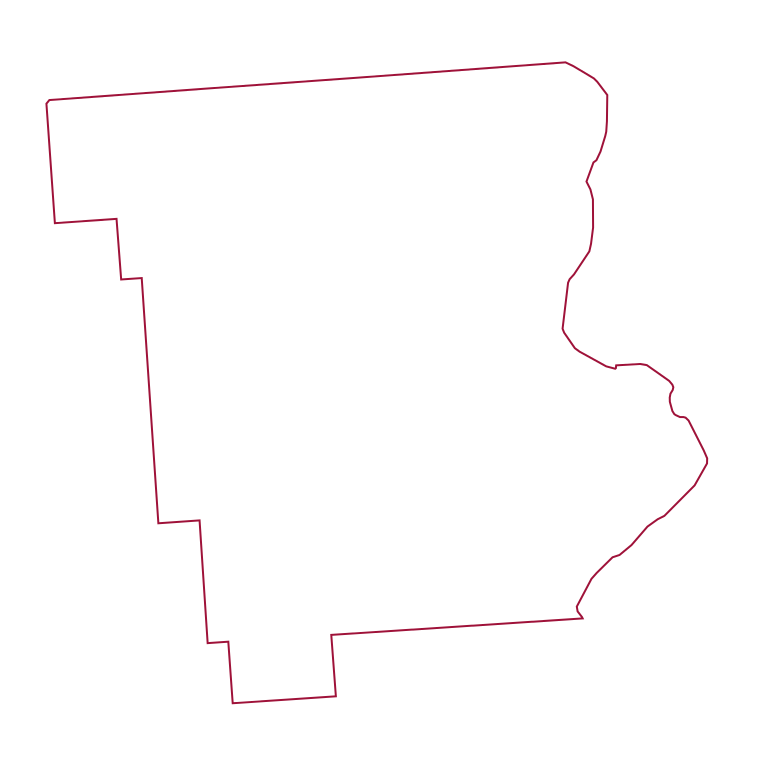 the district of Cotton, Oklahoma, United States of America, rotated 266°
{"feature_id": "52423323B79195939570534", "entity_name": "Cotton", "entity_type": "district", "adm_level": 2, "iso_a3": "USA", "parent_name": "United States of America", "parent_adm1": "Oklahoma", "projection": "albers", "projection_center": [-98.393, 34.285], "detail": "fine", "context": "isolated", "style": "outline", "palette": "rose", "viewbox_px": 768, "rotation_deg": 266, "n_neighbors": 0, "source": "geoboundaries", "source_scale": "gbopen_adm2", "svg_char_len": 1084}
<svg xmlns="http://www.w3.org/2000/svg" viewBox="0 0 768 768"><g transform="rotate(266 384 384)"><path d="M76.1,210.8L75.8,314.2L137.4,313.9L136.3,565.8L137.8,565.2L143.6,561.3L148.5,560.8L175.2,577.4L180.7,583.0L195.2,599.9L197.0,607.0L206.1,619.7L223.4,636.9L230.0,647.6L232.9,654.5L261.2,686.8L282.2,700.7L287.3,701.2L295.5,698.3L326.3,685.3L329.4,682.5L330.1,680.5L330.4,676.9L332.6,672.9L333.7,671.5L336.9,669.8L346.3,667.9L350.6,668.1L354.4,669.1L356.9,670.9L357.9,671.6L360.6,672.4L363.2,671.6L367.2,668.7L384.5,647.5L386.1,640.9L386.4,616.9L383.6,616.4L383.1,615.7L386.1,606.9L402.6,581.4L406.4,576.9L422.6,567.3L426.7,566.0L472.2,574.7L475.6,576.5L480.1,581.2L502.0,598.1L509.4,600.3L525.5,603.5L553.6,605.3L563.7,603.5L571.8,600.1L590.4,608.4L592.4,611.5L600.8,616.2L615.9,622.0L620.2,623.3L630.4,624.7L656.7,626.9L670.5,617.9L674.2,614.7L687.8,595.2L692.2,587.5L691.4,376.5L691.1,231.7L690.6,70.0L687.2,66.8L567.4,66.9L567.4,128.7L506.6,129.1L506.6,149.7L260.8,149.2L260.8,190.5L137.8,190.0L137.8,210.7L76.1,210.8Z" fill="none" stroke="#9f1239" stroke-width="2"/></g></svg>